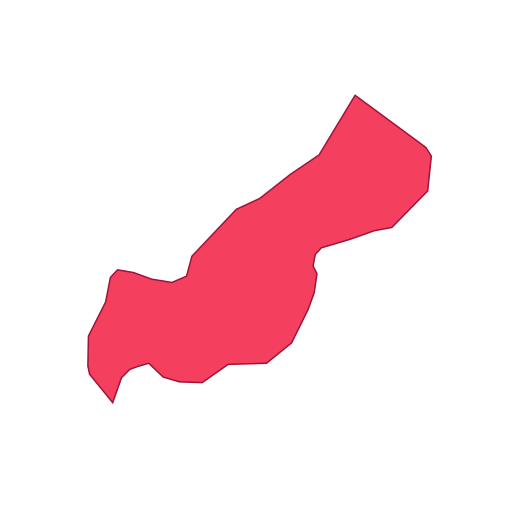 SVG path tracing the border of Brezovica, rotated 244°
{"feature_id": "SVN-940", "entity_name": "Brezovica", "entity_type": "Municipality", "adm_level": 1, "iso_a3": "SVN", "parent_name": "Slovenia", "parent_adm1": "", "projection": "albers", "projection_center": [14.418, 45.949], "detail": "fine", "context": "isolated", "style": "filled", "palette": "rose", "viewbox_px": 512, "rotation_deg": 244, "n_neighbors": 0, "source": "natural_earth", "source_scale": "10m", "svg_char_len": 644}
<svg xmlns="http://www.w3.org/2000/svg" viewBox="0 0 512 512"><g transform="rotate(244 256 256)"><path d="M222.7,54.6L230.9,56.7L257.5,70.3L280.6,100.7L300.5,115.7L304.3,125.5L294.8,138.7L280.9,152.1L269.1,168.8L268.3,184.7L283.9,198.3L306.6,258.8L306.1,284.5L314.4,323.0L319.2,357.0L357.0,415.5L279.2,456.2L268.9,457.4L239.2,438.8L222.1,390.5L226.9,373.4L229.7,348.4L234.7,318.3L231.4,309.9L221.9,302.9L213.3,303.0L197.7,292.4L185.1,279.4L162.3,249.9L155.0,218.4L170.8,183.5L165.8,152.1L176.4,132.1L187.9,119.5L206.6,112.6L208.6,101.0L209.4,92.8L205.6,81.8L187.0,62.9L222.7,54.6Z" fill="#f43f5e" stroke="#9f1239" stroke-width="1.5"/></g></svg>